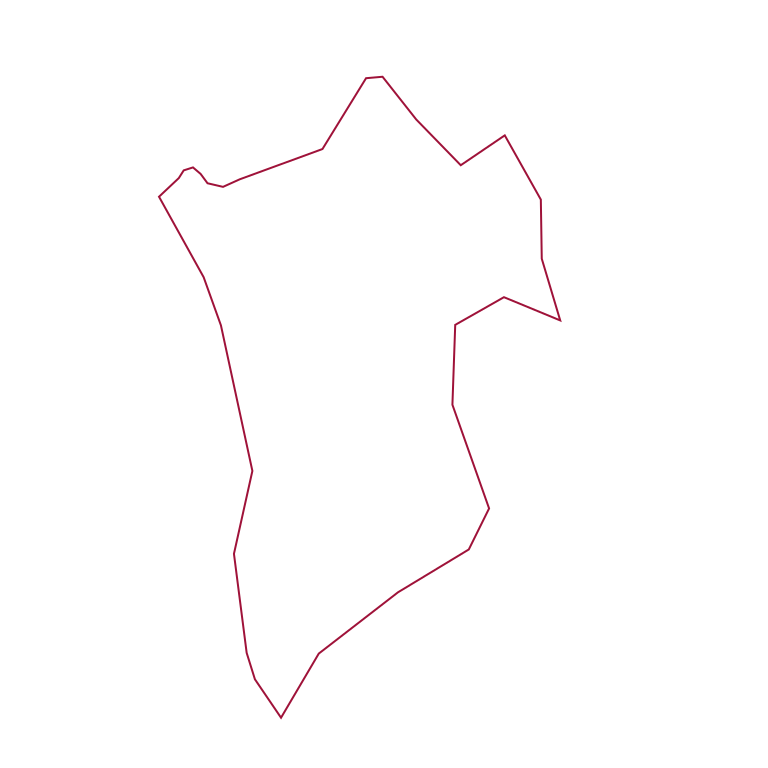 the border of Jaunpils, rotated 77°
{"feature_id": "LVA-5763", "entity_name": "Jaunpils", "entity_type": "Municipality", "adm_level": 1, "iso_a3": "LVA", "parent_name": "Latvia", "parent_adm1": "", "projection": "natural_earth1", "projection_center": [22.921, 56.775], "detail": "fine", "context": "isolated", "style": "outline", "palette": "rose", "viewbox_px": 768, "rotation_deg": 77, "n_neighbors": 0, "source": "natural_earth", "source_scale": "10m", "svg_char_len": 547}
<svg xmlns="http://www.w3.org/2000/svg" viewBox="0 0 768 768"><g transform="rotate(77 384 384)"><path d="M615.1,578.3L515.7,568.4L439.1,531.8L290.2,529.7L239.4,535.7L150.9,561.1L137.2,537.6L130.8,531.1L130.0,521.4L138.1,515.4L148.7,510.8L155.7,496.5L152.1,478.5L141.2,391.1L82.0,332.7L84.3,316.3L133.5,293.1L188.1,260.0L168.9,210.4L239.6,189.7L297.4,202.1L361.7,198.0L326.4,247.6L342.4,301.3L419.6,322.0L528.9,309.6L564.3,338.6L590.1,417.2L632.0,508.2L686.0,559.4L642.7,576.2L615.1,578.3Z" fill="none" stroke="#9f1239" stroke-width="2"/></g></svg>